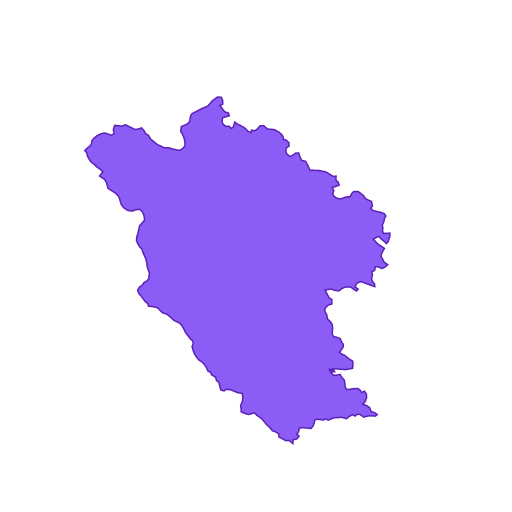 the district of Teixeira Soares, Paraná, Brazil, rotated 135°
{"feature_id": "56859067B67237420188697", "entity_name": "Teixeira Soares", "entity_type": "district", "adm_level": 2, "iso_a3": "BRA", "parent_name": "Brazil", "parent_adm1": "Paraná", "projection": "robinson", "projection_center": [-50.417, -25.31], "detail": "fine", "context": "isolated", "style": "filled", "palette": "violet", "viewbox_px": 512, "rotation_deg": 135, "n_neighbors": 0, "source": "geoboundaries", "source_scale": "gbopen_adm2", "svg_char_len": 5034}
<svg xmlns="http://www.w3.org/2000/svg" viewBox="0 0 512 512"><g transform="rotate(135 256 256)"><path d="M302.6,451.5L302.7,448.7L304.7,445.4L305.9,441.1L306.1,438.3L305.6,435.2L305.6,431.6L304.8,427.1L304.7,423.8L307.4,423.5L310.0,423.2L309.5,420.0L308.9,417.4L309.8,413.8L312.8,408.5L311.0,400.2L310.9,396.1L311.6,393.6L313.3,390.7L314.9,387.5L315.4,383.8L314.5,379.0L311.7,375.2L308.6,373.9L305.1,371.1L305.1,367.4L306.8,363.5L309.4,360.2L313.9,359.8L317.0,359.7L319.5,358.0L323.7,355.4L327.0,353.7L329.7,351.3L331.1,347.8L331.9,344.3L331.7,341.5L333.1,339.3L334.4,336.0L336.0,331.7L338.4,327.8L340.2,325.9L341.9,322.6L343.5,319.1L346.0,317.5L347.7,315.8L350.6,315.5L353.9,316.4L357.0,315.8L360.4,316.4L363.8,315.6L365.5,312.1L365.5,309.2L365.9,306.3L366.6,302.1L366.1,299.0L367.5,296.5L365.3,293.8L363.7,291.6L362.2,288.7L362.3,284.9L362.2,281.6L360.6,279.0L360.0,276.5L359.7,273.2L359.5,268.2L358.3,265.2L357.5,262.7L357.6,259.4L358.8,254.8L360.0,251.6L360.4,248.2L361.1,243.8L360.8,240.6L362.5,238.3L365.2,237.2L367.5,233.1L368.7,230.3L369.6,226.6L369.9,222.6L369.2,219.6L369.2,215.9L369.9,212.3L371.3,208.9L370.5,205.9L371.4,203.1L370.3,199.1L372.0,195.7L371.6,193.0L373.7,189.6L375.6,186.3L374.0,183.2L371.2,182.7L368.3,178.9L367.0,175.6L365.8,172.7L364.4,170.7L362.9,168.4L365.7,165.0L368.1,163.0L372.7,161.1L374.6,158.4L376.7,156.3L375.4,152.9L373.4,149.2L370.2,147.4L367.8,145.9L368.1,142.8L367.5,139.8L367.0,136.6L367.3,133.5L367.8,129.3L367.5,125.6L368.0,120.8L366.5,117.9L365.7,114.5L367.8,111.4L366.6,108.3L365.6,104.5L363.0,102.0L362.6,97.3L359.7,99.8L356.6,97.8L352.9,98.1L353.2,101.3L350.2,101.6L347.2,103.5L344.4,101.8L341.0,97.5L339.1,95.1L336.2,95.4L332.9,96.7L330.5,98.6L328.2,97.3L325.8,94.4L324.5,92.4L321.7,91.5L321.1,88.9L318.3,87.8L316.0,86.8L313.7,85.2L311.8,83.2L309.6,81.6L307.1,77.0L303.7,76.7L299.9,75.4L299.1,72.7L296.6,72.6L294.5,70.5L293.7,65.7L291.6,64.8L288.6,62.6L284.8,58.4L282.4,58.1L282.9,61.3L284.6,64.7L282.9,68.2L283.4,71.6L285.3,75.7L281.8,75.9L278.1,77.5L275.5,80.3L274.9,83.8L277.8,84.7L277.3,87.2L277.6,90.2L279.8,92.3L282.0,94.2L284.2,95.4L286.4,97.8L285.3,100.7L282.9,103.5L281.3,105.9L281.2,109.5L280.3,112.7L282.9,114.5L285.6,116.9L285.0,121.3L284.5,123.9L281.5,121.8L278.3,118.6L275.6,115.3L272.7,112.1L267.1,108.3L264.2,110.7L262.0,113.3L262.9,117.1L263.6,123.1L264.6,126.0L265.2,128.8L262.0,129.3L258.4,130.1L256.8,131.8L256.2,134.7L254.9,138.1L256.4,141.5L258.1,144.1L257.4,146.9L255.5,148.4L252.7,151.0L250.6,153.6L249.8,156.8L250.0,160.7L247.5,164.5L246.6,167.8L244.6,170.1L239.8,170.3L236.3,168.4L233.2,171.5L233.8,175.0L232.3,179.7L231.1,183.1L228.4,181.0L226.2,179.5L224.6,176.0L222.1,172.7L218.2,172.2L215.3,171.2L213.1,169.3L210.9,166.8L210.4,163.2L209.6,160.1L207.2,160.4L207.8,164.1L204.9,165.3L202.5,164.9L200.0,163.8L197.8,159.1L193.7,150.3L192.0,152.3L191.6,155.6L190.3,158.3L186.7,160.5L185.6,163.0L182.3,161.9L179.1,164.0L177.2,161.9L175.9,158.2L173.0,157.0L169.0,156.7L169.7,161.3L168.5,164.7L167.9,167.3L165.7,168.8L162.8,169.8L159.8,170.5L160.5,174.3L161.3,177.8L161.3,181.5L161.1,184.9L157.0,183.9L155.1,182.5L155.5,179.8L155.1,176.7L155.0,172.6L152.7,172.6L150.5,173.7L147.8,175.0L145.1,177.5L147.3,179.3L150.0,182.0L148.6,184.4L146.3,186.3L144.8,188.6L141.2,189.9L138.3,191.9L136.0,192.3L135.3,195.0L136.7,198.2L139.1,202.1L141.0,205.1L141.2,208.8L138.5,208.9L135.7,212.9L137.0,215.9L138.0,219.3L137.3,222.3L137.6,225.5L138.1,229.2L141.4,232.5L144.6,232.4L147.4,231.3L149.4,233.0L151.2,234.4L154.5,235.7L157.0,237.9L158.2,240.6L158.6,243.8L157.3,246.1L154.7,247.2L153.8,250.5L151.2,249.2L147.1,247.3L145.7,250.0L145.8,253.2L142.9,255.9L145.1,257.6L146.0,261.5L147.3,266.5L149.1,269.0L151.3,272.4L153.3,274.2L155.4,276.9L157.3,278.3L155.8,282.1L153.9,287.8L156.1,291.2L154.7,295.3L152.9,298.6L155.1,300.7L158.3,301.2L161.5,302.1L162.1,306.1L161.0,308.8L158.3,310.9L154.7,310.4L152.7,312.9L152.6,316.3L154.0,318.8L152.4,321.5L151.9,324.3L152.4,328.2L153.8,332.6L156.1,335.3L158.1,337.8L158.4,342.7L161.1,345.2L165.1,344.9L168.2,345.3L170.2,348.2L172.2,346.7L173.5,349.9L173.4,354.1L174.3,357.9L175.9,362.7L176.3,365.7L180.8,363.3L183.6,363.7L183.1,366.5L185.7,369.0L186.1,372.9L184.7,375.1L181.9,377.4L178.6,375.5L175.7,374.0L174.4,376.5L176.2,380.3L175.6,384.3L175.0,387.9L172.2,386.8L169.7,389.4L168.2,392.7L170.7,395.6L174.3,396.2L176.8,396.7L180.9,396.3L184.1,396.2L187.0,397.3L190.1,398.6L195.8,400.3L200.6,401.9L202.9,401.4L208.1,398.0L211.6,398.0L217.3,400.3L221.2,397.3L221.8,394.4L223.3,390.6L225.4,387.2L228.0,384.3L231.2,383.7L234.8,384.4L236.5,386.2L237.8,388.3L239.5,390.9L240.7,393.6L242.4,395.5L244.7,397.8L245.3,400.3L246.9,404.3L247.4,408.5L247.8,413.2L246.7,417.3L247.5,420.6L246.6,423.6L246.3,427.5L249.7,429.1L252.1,431.1L253.2,434.3L255.5,441.1L259.2,442.9L263.5,448.3L267.5,446.3L269.8,442.8L272.8,443.6L274.4,446.8L276.0,450.0L279.5,452.2L283.6,453.5L287.5,453.9L290.6,453.5L292.6,451.9L295.2,451.1L299.2,451.7L302.6,451.5ZM285.0,121.3L282.2,118.6L281.5,121.8L285.0,121.3Z" fill="#8b5cf6" stroke="#5b21b6" stroke-width="1.5"/></g></svg>